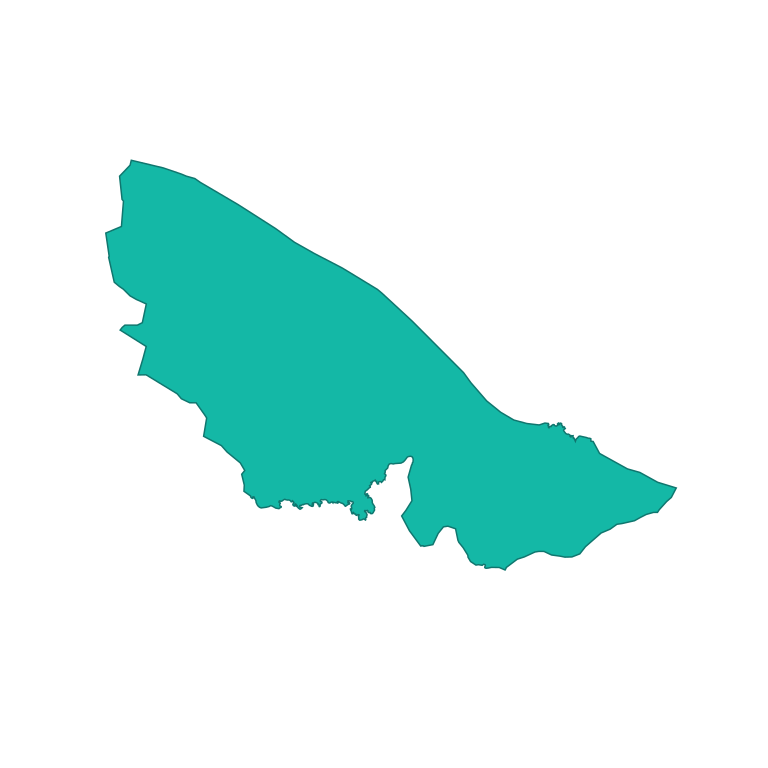 Yunusari, Yobe, Nigeria (Mercator projection), rotated 15°
{"feature_id": "59680162B1638752109374", "entity_name": "Yunusari", "entity_type": "district", "adm_level": 2, "iso_a3": "NGA", "parent_name": "Nigeria", "parent_adm1": "Yobe", "projection": "mercator", "projection_center": [11.911, 13.116], "detail": "fine", "context": "isolated", "style": "filled", "palette": "teal", "viewbox_px": 768, "rotation_deg": 15, "n_neighbors": 0, "source": "geoboundaries", "source_scale": "gbopen_adm2", "svg_char_len": 6136}
<svg xmlns="http://www.w3.org/2000/svg" viewBox="0 0 768 768"><g transform="rotate(15 384 384)"><path d="M693.2,408.8L673.8,408.1L654.0,403.2L641.1,403.0L610.2,395.3L600.9,385.4L598.7,385.7L597.9,383.3L596.8,383.2L595.2,383.5L593.4,383.3L586.6,383.6L585.5,384.4L585.3,385.3L583.9,387.4L583.7,389.8L581.9,387.5L581.1,387.4L581.2,386.8L580.4,386.4L580.1,386.0L580.0,385.0L579.0,385.4L578.4,385.5L578.0,385.4L577.8,385.7L578.3,386.6L577.8,386.8L577.3,386.5L577.0,385.4L576.0,384.9L574.8,384.7L574.4,385.1L573.1,385.0L572.3,384.7L570.3,383.2L569.5,382.4L569.5,381.7L569.8,381.0L570.3,380.6L570.6,380.1L570.1,379.8L569.4,378.8L568.6,379.0L568.5,379.5L568.0,379.6L567.7,379.2L567.6,378.6L566.2,377.8L566.0,376.6L564.9,376.0L564.2,376.4L564.0,377.7L563.5,377.9L563.0,377.7L563.2,376.8L562.9,376.5L562.6,376.5L561.9,377.7L562.4,378.4L562.5,378.9L561.2,380.2L559.7,380.0L559.1,379.8L558.9,379.3L557.9,379.4L556.7,380.7L556.5,381.8L556.2,382.0L555.3,381.8L555.1,382.0L554.7,383.6L554.2,383.5L553.7,382.1L553.1,381.6L553.1,381.2L553.6,380.5L553.4,380.1L552.9,379.6L549.5,380.1L544.5,383.4L532.2,385.2L518.8,385.2L504.0,381.1L487.6,373.8L467.5,360.2L458.0,352.5L395.0,316.0L358.5,296.8L353.1,294.3L313.8,282.8L282.6,275.9L260.9,270.3L239.0,261.9L196.4,248.4L154.4,236.8L148.1,234.5L139.2,234.4L134.2,233.7L114.9,232.4L82.0,233.3L82.1,238.4L74.8,251.7L83.2,273.5L85.0,274.7L89.6,299.8L76.2,310.2L85.5,331.8L85.2,332.8L97.1,355.5L103.2,358.3L107.5,359.8L115.9,364.6L122.8,366.4L133.7,368.2L134.7,387.3L130.5,391.0L118.5,394.2L116.5,397.1L115.2,400.2L144.6,409.3L144.6,422.5L144.1,438.9L151.8,436.7L186.8,447.0L192.1,450.7L201.2,452.4L207.4,450.8L218.6,460.1L221.5,462.7L223.3,481.2L242.9,485.6L250.0,490.3L265.6,497.4L271.9,503.6L269.9,508.0L275.2,517.8L276.5,523.9L284.1,526.7L284.4,527.5L285.1,528.1L286.4,528.6L286.9,528.3L286.5,527.3L286.8,526.8L287.8,526.8L288.4,527.7L290.4,529.7L291.2,531.6L292.9,533.6L294.0,534.5L295.7,535.3L297.4,535.5L302.0,533.6L304.7,532.1L306.1,530.8L307.7,530.9L311.6,531.9L314.8,531.6L315.3,530.8L316.5,529.8L316.4,529.0L314.7,528.6L314.4,527.1L314.7,526.2L314.1,525.5L313.3,525.5L313.0,524.5L313.4,523.9L314.8,524.0L315.9,523.3L317.0,521.8L318.1,521.0L319.0,521.2L320.7,521.1L321.9,520.7L323.2,520.7L324.2,521.2L324.8,521.8L325.5,521.6L325.8,520.5L327.0,521.1L327.6,521.7L327.3,522.4L327.2,524.2L328.0,524.9L328.8,525.1L329.5,525.0L330.0,524.4L329.2,523.5L329.3,522.8L330.1,522.9L330.7,523.5L331.4,523.8L331.1,524.7L332.1,525.1L333.6,526.1L335.3,526.7L336.5,525.6L337.0,524.6L335.0,524.6L334.2,524.3L334.1,523.8L334.3,523.0L335.8,522.4L336.7,521.4L337.5,521.4L337.8,520.9L339.0,520.2L339.8,519.8L341.1,519.5L342.1,519.6L343.4,520.5L344.5,520.5L345.4,520.9L346.6,520.7L347.0,520.5L347.1,519.6L345.9,519.2L346.0,518.8L347.0,518.5L346.9,518.1L346.6,517.8L346.1,517.9L345.7,517.7L346.0,517.2L346.8,517.0L347.9,516.1L348.2,516.2L348.9,516.0L350.9,516.4L351.3,516.7L351.4,517.5L351.7,517.7L353.1,518.1L353.4,518.4L353.2,519.1L353.6,519.1L353.8,518.8L353.9,518.4L353.5,516.7L353.7,516.2L354.5,515.6L354.8,515.0L354.7,514.4L354.5,514.0L353.9,513.8L353.0,513.9L352.7,513.2L352.9,512.5L353.2,512.0L353.6,511.8L355.1,511.7L356.1,511.1L357.5,510.8L358.3,510.9L360.1,511.9L360.7,512.9L361.3,513.1L362.5,513.0L363.4,511.9L364.5,511.4L365.5,512.1L365.6,511.5L365.8,511.3L368.5,511.2L368.8,510.7L369.9,511.1L370.3,510.9L370.5,510.4L370.1,510.2L369.7,509.7L369.9,509.4L370.4,509.4L373.0,510.0L375.0,510.1L376.8,511.0L377.7,511.8L378.2,512.0L378.6,512.0L379.2,511.1L380.9,509.3L381.5,509.0L381.9,508.4L381.7,507.9L381.0,507.5L380.6,507.6L380.2,508.1L379.8,508.0L379.9,507.0L379.4,506.4L379.5,506.1L380.1,506.0L382.1,505.7L383.1,506.1L384.2,505.7L385.1,506.7L385.1,507.3L384.4,508.3L383.9,510.2L383.9,510.5L384.3,510.9L385.1,512.7L385.0,513.3L384.1,513.2L383.9,513.4L384.3,514.2L385.3,515.4L385.8,516.3L386.7,517.6L387.0,517.6L387.3,517.2L387.5,516.0L387.7,515.9L388.2,516.3L388.6,517.0L388.9,517.2L390.3,517.0L390.8,517.8L391.1,518.0L391.7,517.9L392.8,516.8L393.7,516.8L393.8,517.2L393.6,518.3L393.7,518.9L394.0,519.2L394.4,520.2L394.5,520.6L394.4,520.9L394.8,521.3L395.6,521.8L396.6,521.5L398.0,520.7L399.1,519.7L399.6,519.6L401.3,520.2L401.5,519.8L400.9,518.3L401.1,517.7L401.7,517.3L401.5,516.6L401.5,514.7L400.1,513.0L398.3,512.1L398.1,511.7L398.2,511.2L398.6,511.1L398.8,511.4L399.3,511.5L400.3,510.5L400.8,510.4L401.2,510.6L401.6,511.7L402.1,512.1L403.1,512.1L403.9,511.7L404.5,512.6L405.9,512.4L406.5,511.8L406.9,510.7L407.5,508.2L406.7,506.4L407.1,505.5L405.8,504.0L404.4,502.8L403.3,501.5L403.0,500.1L402.4,499.0L401.1,497.7L399.8,497.3L397.8,498.1L397.7,497.4L398.3,496.8L398.1,495.9L396.3,496.2L395.6,496.6L395.5,496.1L396.6,495.2L396.8,494.7L396.1,494.3L394.6,495.6L393.9,495.2L393.7,492.4L394.9,491.1L396.8,487.9L397.5,487.3L397.3,486.7L396.4,485.9L397.7,484.5L398.0,483.6L396.8,482.6L397.2,482.0L398.1,482.0L398.6,480.5L399.7,480.0L400.3,479.1L401.1,480.0L402.1,480.0L402.2,481.0L403.6,482.3L404.6,481.9L404.2,480.9L404.4,479.7L405.5,479.2L406.4,479.2L407.0,479.7L408.0,478.1L408.3,476.6L409.1,476.2L409.6,476.3L409.1,473.7L409.6,472.1L409.0,471.0L407.7,470.6L408.0,468.8L407.5,467.3L409.3,464.2L409.2,461.7L409.9,459.8L411.4,459.0L413.7,458.8L415.2,458.0L420.9,456.0L422.9,454.2L424.0,452.2L425.5,448.4L426.7,447.6L428.4,446.9L429.9,447.0L431.0,448.0L431.7,449.2L432.2,451.9L431.8,453.0L432.0,454.2L431.6,455.2L431.4,467.7L437.1,478.8L441.2,489.5L437.9,500.3L435.2,506.9L446.6,519.2L461.4,531.0L462.3,530.4L462.7,530.3L462.8,530.5L463.8,530.1L464.6,530.5L472.8,526.5L475.0,514.3L478.4,506.6L482.5,504.8L490.6,505.3L495.8,515.7L497.3,517.6L502.8,521.6L509.3,527.7L510.0,529.6L513.6,533.1L519.7,535.1L521.9,534.1L525.8,533.7L526.8,532.4L528.3,532.3L528.9,533.2L528.7,534.6L528.9,535.3L530.2,535.6L532.3,534.8L535.3,533.3L542.8,531.4L549.1,532.3L549.5,530.8L549.6,529.6L558.1,518.7L564.3,514.7L573.3,507.2L576.9,505.6L581.9,504.3L590.1,505.8L598.7,504.7L603.5,504.4L610.3,502.4L617.1,497.4L620.7,489.0L632.3,471.7L640.0,465.7L645.3,459.2L650.0,457.2L661.4,451.2L665.9,446.8L671.1,442.1L677.5,438.3L681.4,437.2L682.4,434.2L687.4,424.4L690.9,419.2L693.2,408.8Z" fill="#14b8a6" stroke="#0f766e" stroke-width="1.5"/></g></svg>